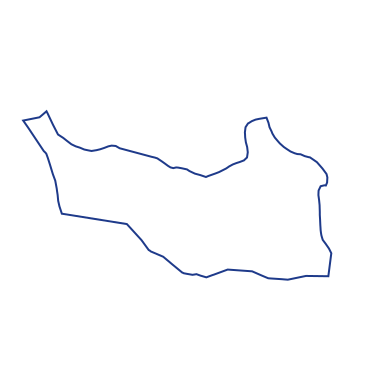 Al Hujjaylah, Al Hudaydah, Yemen, rotated 339°
{"feature_id": "15242507B15912619562849", "entity_name": "Al Hujjaylah", "entity_type": "district", "adm_level": 2, "iso_a3": "YEM", "parent_name": "Yemen", "parent_adm1": "Al Hudaydah", "projection": "equal_earth", "projection_center": [43.594, 14.987], "detail": "fine", "context": "isolated", "style": "outline", "palette": "blue", "viewbox_px": 384, "rotation_deg": 339, "n_neighbors": 0, "source": "geoboundaries", "source_scale": "gbopen_adm2", "svg_char_len": 2288}
<svg xmlns="http://www.w3.org/2000/svg" viewBox="0 0 384 384"><g transform="rotate(339 192 192)"><path d="M288.2,149.3L284.9,148.6L281.0,147.8L277.9,147.3L277.2,147.2L273.2,147.3L269.7,148.0L269.3,148.0L268.8,148.1L265.2,150.7L265.0,151.1L264.4,152.2L262.7,155.4L262.3,156.8L261.2,160.1L260.1,164.9L259.6,169.8L258.3,174.9L256.4,178.3L255.7,179.5L253.0,180.6L252.3,180.9L251.9,181.1L248.7,181.1L247.9,181.1L247.2,181.1L243.9,180.9L243.2,180.9L241.4,180.9L240.0,180.9L237.7,181.2L237.2,181.3L236.8,181.3L236.0,181.4L234.0,181.9L232.2,182.3L228.3,182.7L224.4,183.1L221.0,183.1L220.7,183.1L216.7,183.0L213.1,182.9L212.9,182.9L210.4,183.0L205.7,179.1L201.3,175.9L197.1,171.5L195.4,169.1L191.0,166.2L187.7,164.2L186.0,163.4L183.1,163.0L180.7,161.3L178.9,158.9L176.8,155.6L174.6,152.3L173.1,150.2L171.7,148.2L169.6,146.5L166.8,144.6L140.1,125.2L137.3,121.7L133.6,119.9L130.3,119.4L125.7,119.4L121.5,119.2L117.7,118.7L116.3,118.4L112.9,117.7L110.3,116.1L106.6,113.7L103.3,110.5L99.8,107.7L96.5,104.2L93.5,99.3L91.2,95.4L87.5,90.3L86.3,79.2L85.7,71.3L85.4,67.3L85.1,64.5L80.7,66.1L76.4,67.6L60.0,64.8L62.0,72.8L68.3,100.7L69.3,102.8L69.7,104.2L69.6,108.7L69.2,115.6L68.5,125.4L68.4,132.4L66.9,140.5L66.4,142.5L65.5,146.6L63.9,152.3L63.1,157.9L62.8,164.0L62.7,165.6L119.7,198.6L127.6,218.8L130.8,230.7L131.5,231.4L132.2,232.7L141.9,242.1L147.6,252.4L152.3,260.7L154.0,263.7L154.2,263.8L155.2,264.9L157.6,266.4L162.8,269.5L166.1,270.2L166.7,270.3L170.3,273.4L170.6,273.6L174.8,276.8L180.9,276.9L181.3,276.9L182.9,277.0L183.6,277.0L197.5,277.2L216.5,286.1L219.7,287.6L227.4,295.2L232.2,299.8L233.0,300.2L233.8,300.6L244.2,305.4L250.0,308.2L268.3,311.2L289.1,319.5L300.1,299.1L299.6,293.9L298.5,289.4L298.4,288.9L296.9,283.6L297.1,280.6L297.3,278.6L297.8,276.2L298.4,273.8L299.5,270.3L299.9,269.0L301.5,264.2L301.7,263.6L303.1,259.2L304.1,256.6L304.8,254.6L306.4,250.0L307.8,244.9L308.9,240.2L310.3,236.9L310.8,235.9L314.2,232.7L318.0,233.2L319.3,233.9L321.5,231.6L323.6,226.9L324.0,223.7L324.0,223.3L322.2,216.8L319.3,208.9L317.0,205.5L314.5,201.9L313.4,201.3L310.1,198.9L306.9,195.7L303.9,194.3L301.7,192.6L298.5,189.5L295.7,185.6L293.8,182.8L291.4,178.1L290.3,175.1L288.8,170.8L288.0,166.2L288.0,164.2L287.6,159.3L288.2,154.8L288.2,149.3Z" fill="none" stroke="#1e3a8a" stroke-width="2"/></g></svg>